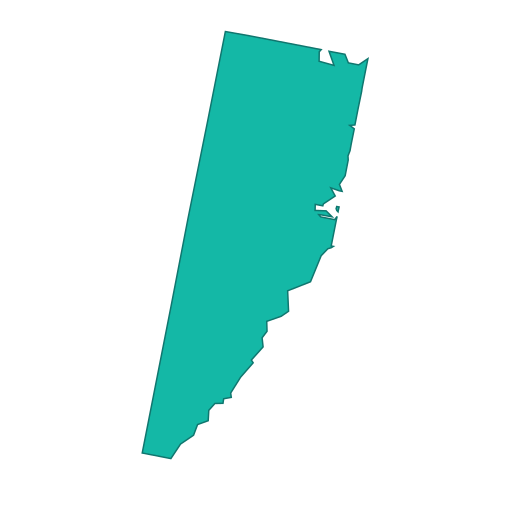 Jefferson, Colorado, United States of America, rotated 11°
{"feature_id": "52423323B54822682121857", "entity_name": "Jefferson", "entity_type": "district", "adm_level": 2, "iso_a3": "USA", "parent_name": "United States of America", "parent_adm1": "Colorado", "projection": "orthographic", "projection_center": [-105.138, 39.522], "detail": "fine", "context": "isolated", "style": "filled", "palette": "teal", "viewbox_px": 512, "rotation_deg": 11, "n_neighbors": 0, "source": "geoboundaries", "source_scale": "gbopen_adm2", "svg_char_len": 1117}
<svg xmlns="http://www.w3.org/2000/svg" viewBox="0 0 512 512"><g transform="rotate(11 256 256)"><path d="M328.1,108.5L328.1,92.6L328.3,74.4L328.1,70.7L328.2,40.9L320.3,48.8L309.8,48.8L304.8,41.0L288.6,41.1L296.2,54.0L280.8,52.8L279.1,43.5L280.6,41.0L207.6,41.1L183.1,41.5L182.8,132.4L182.1,231.7L182.2,322.1L181.9,471.1L210.5,471.1L211.1,471.1L217.8,455.0L228.9,443.8L230.8,432.6L240.5,426.8L239.1,416.5L243.8,408.6L251.7,406.9L251.5,402.3L258.7,399.5L257.3,395.3L264.0,377.9L273.6,361.4L271.3,359.0L280.3,343.9L277.6,335.1L281.2,327.8L279.0,318.1L292.3,310.3L298.5,304.0L293.7,284.1L314.4,270.9L319.9,243.3L325.1,235.2L328.3,233.5L330.1,231.8L327.9,231.8L328.0,204.5L328.1,201.7L326.2,205.3L312.1,205.3L309.7,203.4L311.3,203.2L323.2,203.0L316.2,198.3L305.3,200.0L304.3,194.0L312.0,194.0L312.2,192.0L322.3,182.0L316.4,174.8L325.3,176.1L328.2,176.1L324.2,169.8L328.2,160.2L328.2,156.2L328.2,144.2L327.2,140.2L328.2,134.7L328.1,127.9L328.2,112.4L323.1,109.9L328.1,108.5ZM328.1,197.0L328.1,195.9L328.2,192.0L325.8,192.0L325.6,194.2L326.6,195.9L328.1,197.0Z" fill="#14b8a6" stroke="#0f766e" stroke-width="1.5"/></g></svg>